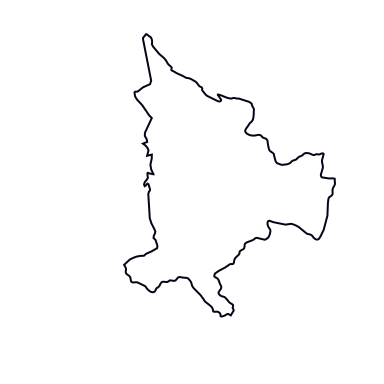 an SVG outline of Loei, rotated 306°
{"feature_id": "THA-445", "entity_name": "Loei", "entity_type": "Province", "adm_level": 1, "iso_a3": "THA", "parent_name": "Thailand", "parent_adm1": "", "projection": "mercator", "projection_center": [101.577, 17.486], "detail": "fine", "context": "isolated", "style": "outline", "palette": "ink", "viewbox_px": 384, "rotation_deg": 306, "n_neighbors": 0, "source": "natural_earth", "source_scale": "10m", "svg_char_len": 6097}
<svg xmlns="http://www.w3.org/2000/svg" viewBox="0 0 384 384"><g transform="rotate(306 192 192)"><path d="M93.1,179.9L100.6,181.3L103.9,183.0L107.0,185.0L109.8,187.6L112.2,190.6L115.1,191.2L120.2,194.2L125.0,196.3L125.8,196.8L126.3,196.7L128.0,195.7L128.9,194.7L131.8,190.6L132.2,187.9L134.0,186.9L136.2,186.5L138.3,185.7L139.4,184.2L142.8,177.6L145.9,173.3L164.7,157.8L166.9,157.0L168.2,157.1L169.3,156.7L172.3,152.8L172.6,152.3L172.7,151.2L171.8,150.9L170.0,150.8L168.9,150.3L170.0,148.7L172.3,148.0L174.9,148.2L177.5,148.0L179.8,145.8L180.5,145.2L181.2,144.9L181.6,145.0L182.1,146.9L183.7,150.4L184.1,150.0L184.7,148.5L185.5,147.2L186.2,145.8L189.6,142.3L195.3,139.8L198.7,137.5L194.9,134.4L200.0,132.4L201.1,130.9L201.9,128.9L202.3,126.6L202.3,123.9L206.2,126.3L208.1,124.3L209.6,120.9L212.3,119.1L228.2,116.0L228.8,112.4L233.0,100.6L234.5,93.0L235.9,89.7L238.7,87.0L239.7,87.0L241.3,89.0L248.0,90.9L254.6,94.7L258.1,93.5L286.6,62.8L287.8,61.8L292.8,62.1L292.9,62.6L292.9,67.9L292.5,68.7L292.0,69.6L290.6,71.0L289.0,72.2L287.9,72.7L286.7,75.2L284.4,84.3L283.9,90.8L283.6,91.8L283.2,93.4L281.6,97.0L281.2,98.8L281.0,101.4L280.7,102.4L280.0,102.9L279.3,103.1L278.6,103.5L278.5,104.1L278.5,104.7L278.8,106.1L279.1,109.7L280.5,116.3L280.9,120.0L281.1,120.6L282.0,122.1L282.8,124.5L283.3,129.4L283.3,130.7L283.2,131.5L282.0,135.4L282.0,136.5L282.3,138.1L282.2,138.9L281.8,139.4L280.8,140.0L280.4,140.4L280.1,141.0L278.8,145.9L278.7,147.1L278.7,148.0L280.6,159.0L280.9,160.2L281.5,161.2L282.0,161.5L282.5,161.7L283.1,161.7L283.6,161.4L284.0,160.9L284.2,160.3L284.3,159.6L284.5,159.0L285.1,157.9L285.6,156.0L286.0,155.7L286.5,156.4L287.1,158.1L288.9,165.2L289.2,165.7L289.7,167.0L290.0,167.9L290.8,169.0L291.7,169.7L292.2,170.0L292.6,170.5L292.9,171.0L293.6,172.4L294.0,173.5L295.1,174.9L298.5,185.2L298.6,188.2L297.2,189.8L295.8,192.8L294.8,193.9L293.5,194.6L290.8,196.5L287.3,198.4L286.2,198.7L285.2,198.9L283.7,198.8L281.7,198.3L280.2,198.4L278.8,198.5L275.2,198.5L273.3,198.8L272.3,199.5L271.8,200.3L271.6,201.0L271.6,201.7L271.5,202.4L271.6,203.1L271.8,204.5L272.2,205.8L272.7,206.9L273.9,208.8L274.2,209.2L276.8,211.7L277.6,212.6L277.9,213.1L278.1,213.7L278.2,214.3L278.2,215.0L277.7,216.9L277.8,217.6L277.9,218.2L278.3,219.5L278.5,220.3L278.5,221.5L278.2,222.2L277.8,222.9L277.3,223.5L275.9,224.7L272.8,228.0L271.9,229.2L271.3,230.1L271.1,230.8L271.0,231.5L271.1,234.9L270.8,235.7L270.5,236.3L270.0,236.7L269.3,237.5L266.2,241.3L265.6,242.7L265.3,243.8L266.5,248.1L267.1,249.2L270.7,253.0L272.8,254.2L273.4,254.4L275.5,254.7L276.7,255.2L279.1,256.9L279.7,257.2L280.4,257.3L282.6,257.7L283.8,258.1L285.3,259.1L286.4,259.7L287.0,259.8L288.3,260.0L289.5,260.5L290.0,260.8L290.8,261.7L292.0,263.7L292.5,265.4L293.1,268.1L293.4,268.8L293.8,269.2L295.3,270.1L295.8,270.5L296.1,271.0L296.4,271.5L296.6,272.1L296.9,272.6L297.3,273.0L299.0,274.0L299.6,274.5L300.2,275.2L300.3,275.8L300.0,276.2L299.5,276.4L294.2,278.5L293.0,279.2L290.4,282.1L289.6,282.8L289.2,283.2L288.1,283.8L282.2,285.9L281.6,286.2L281.0,286.7L280.4,287.6L280.3,288.2L280.4,288.9L283.4,294.7L284.1,295.7L285.6,297.6L285.9,298.1L286.6,299.6L283.8,301.9L283.3,302.4L282.3,303.0L281.0,303.4L278.8,303.6L277.4,304.0L276.2,304.5L273.8,306.4L272.9,306.9L272.0,307.1L270.7,306.9L268.8,306.2L268.2,306.1L267.6,306.2L266.9,306.3L263.2,308.3L252.4,315.5L238.7,320.8L231.4,322.1L228.7,322.2L228.0,322.0L227.5,321.6L226.9,320.9L226.6,320.3L226.4,319.6L226.4,318.8L226.5,317.3L227.3,314.8L227.3,314.0L227.2,313.0L225.9,309.7L225.8,309.0L226.4,299.0L226.1,296.3L225.5,293.5L224.7,291.3L224.1,290.4L220.9,287.2L220.3,286.3L215.3,275.3L214.3,271.6L213.4,270.9L212.8,270.7L212.1,270.9L211.1,271.5L210.6,271.8L210.2,272.2L208.8,274.1L208.3,275.2L207.9,276.5L207.7,277.0L207.3,277.6L206.5,278.4L206.0,278.7L203.8,279.7L203.2,279.9L202.0,280.2L200.6,280.4L199.6,280.4L198.6,280.1L196.5,279.2L196.2,279.0L193.1,271.6L192.6,270.9L192.0,270.5L189.5,269.7L188.7,269.4L183.7,266.1L182.3,265.5L181.2,265.3L180.6,265.5L177.9,267.0L177.3,267.2L176.5,267.2L175.4,266.9L173.6,266.0L172.5,265.6L171.7,265.6L171.2,265.8L170.8,266.2L170.2,266.5L169.6,266.7L168.3,266.6L165.4,266.0L164.7,265.9L164.0,265.9L162.6,266.0L161.4,266.4L159.5,267.4L158.4,267.6L157.7,267.3L157.1,266.6L156.3,265.5L155.6,265.0L150.4,263.2L144.1,260.1L139.5,258.5L137.7,259.1L137.2,259.4L136.8,259.8L136.7,260.4L136.7,261.1L137.0,262.4L137.0,263.1L136.7,264.4L136.2,265.6L135.9,266.1L134.7,267.7L133.6,269.5L133.4,270.0L132.8,271.1L132.3,271.5L131.9,271.8L130.6,272.3L129.1,272.3L128.1,272.3L127.3,272.4L126.6,272.5L126.0,272.8L125.6,273.2L125.3,273.7L125.0,275.1L124.9,275.8L125.0,276.5L125.1,277.2L125.9,279.3L126.1,280.2L126.1,280.8L125.6,283.6L125.0,285.5L124.7,286.8L124.6,287.6L124.8,290.5L124.8,291.1L124.6,291.7L124.2,292.1L123.7,292.4L122.5,292.8L122.0,293.2L121.8,293.7L121.6,294.3L121.0,294.9L120.6,295.4L115.0,295.9L114.6,293.0L113.6,292.0L113.0,291.8L110.9,290.9L109.1,289.6L108.5,288.8L108.4,288.1L108.8,287.7L109.3,287.4L109.8,286.8L110.3,286.0L110.5,284.3L110.1,283.1L109.5,282.0L108.3,280.6L108.0,279.7L107.9,279.3L108.0,279.2L108.7,278.6L109.1,278.2L110.3,276.2L110.6,275.0L110.8,273.3L111.0,267.5L111.2,266.3L112.0,264.6L113.6,259.5L115.2,249.8L115.8,248.0L116.4,247.0L118.2,244.7L118.7,243.8L119.6,240.7L119.7,239.6L119.6,238.7L119.4,238.2L117.2,234.6L116.4,232.8L116.0,232.0L115.5,231.5L115.0,231.1L114.4,231.0L113.7,230.9L112.1,230.8L111.4,230.7L110.7,230.6L110.2,230.3L109.7,229.9L109.4,229.5L108.0,226.8L107.7,226.3L107.2,225.9L106.7,225.7L106.0,225.6L105.2,225.2L104.4,224.6L102.7,221.8L102.2,221.1L101.7,220.7L101.1,220.5L100.4,220.4L99.7,220.4L96.9,220.8L96.2,220.8L95.5,220.7L94.8,220.5L93.7,220.0L93.1,219.9L92.4,219.9L91.2,220.2L90.6,220.4L89.9,220.4L89.0,220.1L87.7,219.1L87.2,217.9L87.0,216.9L86.9,215.3L87.1,213.8L87.3,212.4L88.2,210.0L88.2,208.9L86.9,201.5L86.5,200.3L85.9,199.5L85.2,198.8L84.2,197.5L83.8,196.6L83.7,195.8L84.0,195.2L84.3,194.8L86.7,192.2L87.0,191.5L87.2,190.5L87.2,187.6L87.4,186.7L87.6,186.2L88.0,185.7L88.9,185.0L90.5,184.2L90.9,183.8L91.4,183.4L91.7,182.9L92.3,181.9L93.1,179.9Z" fill="none" stroke="#020617" stroke-width="2"/></g></svg>